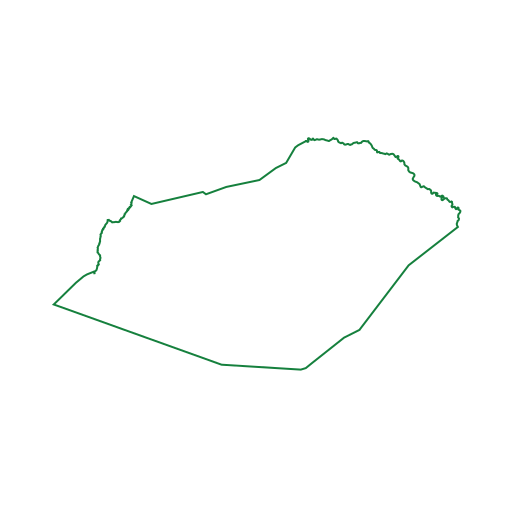 outline of Tepelmeme Villa de Morelos, Oaxaca, Mexico, rotated 53°
{"feature_id": "50627088B19513954267626", "entity_name": "Tepelmeme Villa de Morelos", "entity_type": "district", "adm_level": 2, "iso_a3": "MEX", "parent_name": "Mexico", "parent_adm1": "Oaxaca", "projection": "orthographic", "projection_center": [-97.312, 18.0], "detail": "fine", "context": "isolated", "style": "outline", "palette": "green", "viewbox_px": 512, "rotation_deg": 53, "n_neighbors": 0, "source": "geoboundaries", "source_scale": "gbopen_adm2", "svg_char_len": 5699}
<svg xmlns="http://www.w3.org/2000/svg" viewBox="0 0 512 512"><g transform="rotate(53 256 256)"><path d="M322.1,348.9L373.7,288.6L375.5,283.7L375.2,275.5L374.2,234.8L377.3,217.7L377.1,217.3L355.3,139.7L354.3,77.3L352.5,77.0L351.2,76.4L350.1,74.8L349.3,73.8L349.4,73.2L349.2,72.4L348.3,71.4L347.2,71.3L346.7,71.3L345.7,70.3L345.4,70.2L344.7,69.4L344.5,69.1L344.2,67.4L343.7,66.3L343.1,65.7L342.9,65.6L342.6,65.6L342.0,65.8L340.8,66.4L340.5,66.4L340.3,66.3L339.9,65.5L339.7,65.4L339.4,65.3L339.0,65.4L338.7,65.7L338.7,65.9L338.7,66.3L339.1,67.4L339.1,67.8L339.0,68.0L338.9,68.1L338.0,68.1L337.5,68.0L336.9,67.6L336.3,67.7L335.7,68.6L335.5,68.9L335.3,69.9L335.1,70.0L334.6,70.0L334.2,70.0L333.9,69.8L333.6,69.4L333.2,68.2L332.5,67.8L331.6,67.5L330.8,66.9L330.7,66.9L330.1,67.1L329.9,68.0L329.5,68.6L329.4,68.7L329.1,68.8L327.3,68.8L326.9,68.9L326.5,69.1L326.0,69.2L325.7,69.1L325.2,68.9L324.8,68.9L324.5,69.2L323.9,69.9L323.7,70.2L323.6,71.3L323.7,72.9L323.6,73.3L323.6,73.5L323.3,73.8L323.0,73.9L322.7,73.9L322.1,73.6L321.4,72.8L320.9,72.2L320.9,71.9L321.0,71.7L321.6,71.1L321.7,70.9L321.7,70.7L321.2,70.5L320.2,70.7L319.9,70.9L319.7,71.4L319.6,72.1L319.8,72.8L319.4,73.2L318.9,73.4L318.0,73.8L317.7,74.1L317.3,74.9L316.6,75.5L316.2,75.5L315.6,75.5L315.1,75.2L315.0,74.9L315.5,74.1L315.5,73.8L315.3,73.5L314.9,73.5L314.4,73.8L313.6,74.6L313.0,75.3L312.3,75.9L312.3,76.2L312.3,76.6L312.5,77.2L312.5,77.6L312.2,78.0L311.8,78.2L311.5,78.2L310.8,78.0L309.5,77.0L308.9,76.8L308.6,76.8L307.8,77.1L307.2,77.1L306.8,77.3L306.5,77.7L306.2,78.3L305.9,78.7L305.7,78.8L304.8,78.9L304.4,79.2L303.9,79.3L303.5,79.5L302.1,79.9L301.7,79.9L301.3,80.0L301.1,80.4L300.8,81.8L300.6,82.6L300.4,82.8L300.0,82.9L299.5,82.8L298.5,82.5L297.0,82.1L295.9,82.4L295.4,82.6L294.4,82.8L293.2,83.5L292.3,84.1L291.6,84.4L290.2,84.8L289.7,84.8L289.0,84.6L288.6,84.3L287.8,82.6L287.3,81.2L287.1,81.1L286.5,80.6L286.0,80.5L285.5,80.5L284.6,80.7L283.5,81.4L283.2,81.7L282.8,81.9L282.4,82.4L280.8,82.9L279.5,82.8L279.0,82.7L277.7,81.6L277.0,81.3L276.3,81.2L275.5,81.4L274.3,81.9L273.8,82.2L273.3,82.3L273.0,82.3L272.1,82.3L271.1,81.6L270.5,81.3L269.8,81.2L268.7,81.2L268.1,81.5L267.8,81.7L267.6,81.9L267.5,82.2L267.7,82.9L267.6,83.2L267.5,83.5L267.2,83.7L266.9,83.8L265.1,83.7L263.7,84.2L263.3,84.2L263.2,84.1L262.9,83.1L262.5,82.5L262.2,82.3L261.9,82.3L261.6,82.4L261.4,82.7L261.3,84.0L261.2,84.5L261.0,84.9L260.7,85.0L259.8,84.9L257.6,84.9L257.1,85.1L256.4,85.6L255.5,87.3L255.4,88.4L255.3,88.6L254.9,88.9L253.5,89.4L252.9,89.8L252.6,90.1L252.6,91.2L252.4,91.5L251.5,92.0L250.8,92.7L250.0,93.2L249.2,93.9L248.8,94.5L248.4,94.9L248.2,95.0L247.4,94.8L247.1,94.9L247.0,95.0L246.6,95.7L246.5,96.3L246.2,96.8L245.8,96.8L245.6,96.7L245.1,96.3L244.9,96.2L244.5,96.0L244.2,96.0L243.9,96.1L242.9,97.1L242.7,97.2L242.2,97.3L241.3,97.3L240.1,97.7L239.4,97.7L238.2,97.3L237.2,97.1L235.8,97.0L234.3,97.2L233.7,97.4L233.3,97.6L232.3,97.2L231.9,97.2L231.8,97.3L231.6,97.5L231.5,98.1L231.2,98.5L230.3,99.3L229.5,100.1L229.0,100.7L228.7,101.2L228.6,102.2L228.5,102.6L228.9,103.9L228.5,104.6L228.2,105.2L228.1,105.7L227.9,106.1L227.2,106.8L226.3,106.7L226.1,106.7L225.7,107.2L225.4,108.1L224.8,109.3L224.5,109.9L224.4,110.9L224.5,111.9L224.5,112.3L224.4,112.6L224.0,113.3L224.0,113.9L223.8,114.1L223.3,114.4L222.1,114.9L221.6,115.6L221.0,117.4L220.6,117.9L220.3,118.2L219.8,118.4L218.9,118.3L217.8,118.8L217.5,118.9L217.2,119.4L217.2,119.9L217.1,120.2L217.0,120.3L215.1,121.3L214.3,121.5L214.0,121.5L213.8,121.4L213.2,121.1L212.7,121.0L211.9,121.0L210.7,121.1L210.3,121.7L210.1,122.5L209.7,123.0L209.3,123.1L208.4,123.0L208.2,123.1L208.2,123.5L208.4,124.4L208.4,125.5L208.3,126.5L208.1,127.6L208.2,128.1L208.0,128.6L207.7,128.9L206.9,129.4L205.2,130.8L203.8,131.5L202.4,132.9L202.0,133.6L201.5,134.9L201.3,135.1L201.1,135.6L200.0,136.6L199.4,137.0L199.1,138.2L199.0,138.7L198.8,139.0L198.7,139.5L198.1,139.8L197.3,139.9L196.8,139.7L196.6,139.8L196.4,140.2L196.9,140.9L196.9,141.3L196.7,141.7L196.0,142.3L194.5,142.6L194.0,142.8L193.8,143.0L193.5,143.3L193.5,143.5L193.7,144.0L194.5,144.4L195.4,144.6L195.9,145.1L196.1,145.4L196.0,145.9L195.8,146.2L194.8,146.5L194.4,146.6L194.1,146.5L193.7,146.3L194.3,147.0L192.9,155.7L192.9,159.4L199.8,175.9L197.7,187.2L197.4,207.5L183.0,238.1L176.6,258.8L172.9,259.9L151.5,308.2L134.7,317.4L138.2,323.5L138.7,323.4L138.9,323.8L139.7,324.4L139.8,325.0L140.7,324.9L141.1,326.2L140.8,327.1L141.4,327.3L141.5,328.2L141.2,328.7L141.4,329.3L142.0,329.5L142.4,330.5L142.4,330.8L141.7,330.8L142.3,331.8L142.7,332.1L143.0,334.2L143.6,335.1L143.5,335.8L144.2,336.4L144.7,337.6L145.0,337.6L145.1,337.9L145.2,338.7L145.1,339.5L145.2,341.0L144.9,341.3L145.3,341.9L145.6,343.4L146.2,343.5L146.4,344.7L146.0,345.7L145.2,346.6L144.4,347.3L143.8,348.6L143.3,349.4L142.8,350.0L142.6,350.6L140.5,351.0L140.3,351.4L139.1,351.9L138.6,351.8L138.0,352.8L139.4,354.1L139.9,355.0L140.5,357.7L141.6,359.1L141.4,359.4L141.9,360.3L141.8,360.6L142.0,361.0L142.4,361.3L142.2,361.8L142.8,362.2L142.9,362.4L142.8,363.3L143.3,363.7L143.6,364.2L144.1,364.6L144.1,365.0L144.8,365.3L145.2,367.2L146.7,368.0L146.8,368.4L147.8,369.3L148.3,370.1L150.7,371.9L150.9,372.4L151.6,373.1L151.6,373.6L152.3,374.1L152.6,374.6L152.9,375.7L153.5,376.5L154.0,377.5L154.4,377.6L155.2,378.0L155.5,378.4L155.9,379.0L156.4,379.0L156.8,379.4L157.1,379.9L157.8,380.4L158.2,380.2L160.4,380.4L161.5,380.1L162.1,380.4L162.5,380.8L163.9,381.3L164.5,382.1L164.7,382.5L165.6,383.0L165.7,385.1L166.5,386.1L168.2,386.7L168.4,387.8L168.3,388.0L168.1,388.1L168.2,388.5L168.3,388.8L168.7,388.8L170.4,390.7L171.3,392.1L171.4,393.5L171.1,394.3L173.3,395.8L170.9,395.0L169.0,402.0L168.5,406.0L169.0,415.9L173.0,446.7L322.1,348.9Z" fill="none" stroke="#15803d" stroke-width="2"/></g></svg>